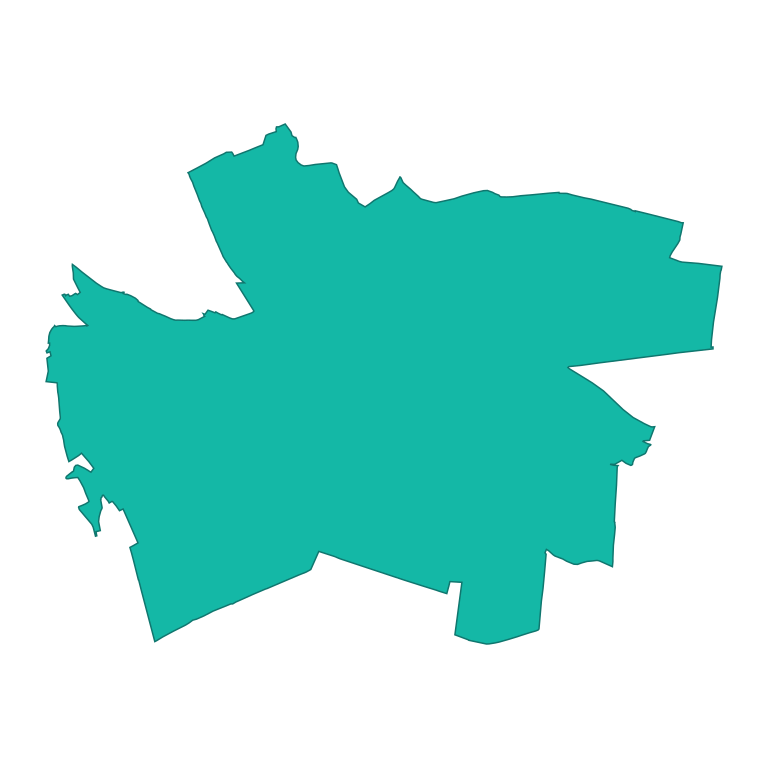 Nufaru, Tulcea, Romania (Robinson projection)
{"feature_id": "2599482B16280673296012", "entity_name": "Nufaru", "entity_type": "district", "adm_level": 2, "iso_a3": "ROU", "parent_name": "Romania", "parent_adm1": "Tulcea", "projection": "robinson", "projection_center": [28.921, 45.135], "detail": "fine", "context": "isolated", "style": "filled", "palette": "teal", "viewbox_px": 768, "rotation_deg": 0, "n_neighbors": 0, "source": "geoboundaries", "source_scale": "gbopen_adm2", "svg_char_len": 5992}
<svg xmlns="http://www.w3.org/2000/svg" viewBox="0 0 768 768"><path d="M196.3,168.4L188.0,172.7L189.1,174.3L189.6,176.2L190.5,178.4L192.6,182.3L193.8,186.0L197.2,194.3L199.5,200.6L200.8,203.2L201.8,206.6L204.7,212.9L206.3,216.9L207.4,218.7L209.4,224.4L211.6,230.2L212.6,232.0L214.5,236.3L216.3,241.3L217.1,242.7L222.2,254.2L223.1,256.5L225.7,260.7L226.4,261.9L227.4,263.1L228.1,264.4L230.7,268.2L234.3,272.8L235.2,274.3L236.1,275.4L237.0,276.4L239.7,278.5L242.5,281.3L244.4,282.8L236.5,283.1L253.7,310.6L253.9,311.2L253.0,312.1L251.5,313.0L249.0,313.9L235.5,318.6L234.4,318.9L232.5,318.9L229.6,317.9L222.2,314.5L222.0,314.8L221.2,314.7L217.7,313.0L215.8,311.9L215.0,312.8L210.6,311.1L208.0,310.2L205.1,314.2L204.7,314.2L203.3,313.7L203.9,314.6L203.9,315.4L204.1,316.0L204.6,316.4L198.3,319.7L195.9,320.3L192.6,320.3L188.1,320.2L184.6,320.3L177.8,320.1L175.7,320.2L173.6,319.7L170.8,318.7L165.1,316.1L162.1,314.9L160.3,314.1L159.0,313.6L157.7,313.4L150.9,309.7L150.8,309.3L150.3,308.9L147.6,307.5L138.1,301.5L138.0,300.5L135.4,298.2L130.7,295.7L126.8,294.2L126.2,294.5L125.3,294.3L123.2,293.5L124.0,292.3L123.2,292.1L121.3,292.6L120.5,292.5L112.8,290.5L106.5,288.8L103.6,287.8L101.1,286.3L96.4,283.2L81.8,271.9L76.3,267.3L72.4,264.4L72.3,265.3L72.3,266.0L72.6,268.4L73.3,272.9L73.5,279.1L77.4,287.0L80.2,292.4L79.0,293.4L77.4,294.6L75.7,293.4L74.7,293.9L71.8,295.8L69.6,296.2L68.3,294.3L66.1,295.1L65.7,295.7L65.0,294.4L64.2,294.2L62.2,295.1L68.9,304.8L71.7,308.7L75.7,313.9L77.7,316.3L79.0,317.7L85.3,323.4L87.8,325.5L86.8,326.0L86.2,325.5L83.4,325.9L76.9,326.3L74.1,326.4L67.1,326.0L65.4,325.7L62.8,325.6L59.5,325.8L57.9,326.1L55.8,326.7L54.6,325.6L54.2,326.5L52.8,327.8L51.6,329.3L49.8,332.6L48.9,336.2L48.6,340.4L48.3,343.1L49.6,343.1L49.6,345.5L48.3,348.7L46.2,351.0L47.0,352.9L50.0,351.8L51.0,355.8L46.9,358.3L48.3,371.1L46.1,381.6L57.0,382.8L57.3,383.9L57.3,386.1L57.8,392.1L58.3,394.9L58.7,398.0L59.7,411.2L60.3,417.1L60.3,418.2L60.2,418.8L59.7,419.7L58.0,422.5L57.7,423.5L57.8,425.1L58.0,425.7L58.8,426.8L59.9,428.8L60.6,430.6L61.1,432.3L61.9,433.8L62.6,435.4L63.0,437.5L63.6,439.9L64.0,442.8L64.6,446.5L67.2,456.3L68.9,461.6L71.7,460.0L78.7,455.5L81.5,453.2L88.8,461.6L93.8,468.3L90.9,472.2L84.4,468.2L77.8,465.1L75.8,465.4L74.3,467.2L73.5,471.1L71.5,472.5L71.5,472.4L66.7,476.2L66.0,477.3L66.0,478.2L66.5,478.7L68.1,478.8L72.5,477.9L72.5,478.0L74.8,477.7L77.8,477.5L79.9,480.7L83.7,487.8L85.8,493.6L88.2,499.2L89.0,501.4L88.3,502.1L85.5,503.9L82.1,505.4L78.8,506.7L78.6,507.3L79.3,509.5L91.8,524.3L93.2,527.3L95.5,536.2L96.8,535.8L96.0,531.7L100.3,530.6L99.1,524.3L98.6,521.5L99.1,517.1L99.3,516.1L100.8,510.7L101.9,508.6L102.1,507.8L101.9,506.4L100.7,500.0L100.8,500.0L101.0,499.1L101.0,497.9L101.8,497.2L102.3,495.8L102.5,495.4L103.2,495.1L103.6,495.3L104.4,496.6L108.2,501.2L109.2,503.0L112.0,501.4L112.7,501.7L116.1,505.8L119.5,510.7L123.1,509.0L138.0,542.9L132.6,546.0L129.9,547.4L131.5,552.9L133.4,560.0L138.4,579.9L138.7,580.0L141.2,589.9L154.8,641.6L156.6,640.7L162.8,636.9L173.6,631.1L185.7,625.0L189.1,622.9L192.7,620.2L196.6,619.1L203.9,615.9L213.1,611.1L231.1,603.8L231.9,604.0L232.5,603.9L232.9,603.8L235.9,602.0L240.0,600.2L252.9,594.4L265.8,588.9L266.7,588.7L298.3,575.2L306.1,572.1L309.6,570.2L310.8,569.5L318.8,551.4L334.0,556.3L340.1,558.8L404.6,580.2L422.5,585.9L436.0,590.1L439.1,591.2L446.8,593.6L448.4,587.6L448.7,586.6L449.9,581.6L461.9,582.3L454.9,634.8L467.2,639.4L468.7,640.0L468.9,640.1L468.9,640.3L486.4,644.0L489.0,643.9L495.2,642.9L499.3,642.0L508.8,639.3L517.6,636.6L520.8,635.5L529.6,632.7L535.9,630.9L538.1,630.0L538.8,629.3L539.0,628.7L541.4,601.0L543.0,588.6L544.6,571.6L546.1,554.2L545.0,552.8L546.4,549.4L548.5,550.6L553.3,554.9L555.1,556.1L562.8,559.0L566.6,561.2L573.9,564.2L577.6,564.4L581.7,562.9L587.1,561.4L591.7,561.0L597.0,560.4L599.2,560.8L611.1,566.1L612.4,566.7L612.9,561.7L612.9,558.1L613.4,545.3L614.6,534.3L615.2,527.6L615.1,526.1L614.8,523.4L614.8,522.8L614.9,522.3L614.3,521.8L615.2,504.3L616.5,485.1L617.2,467.3L617.6,466.1L618.0,465.6L613.9,465.3L610.7,464.5L610.8,464.2L614.5,464.4L621.9,460.3L626.0,463.3L630.8,465.4L631.7,465.1L632.5,464.4L632.9,462.1L634.4,458.6L635.2,457.8L640.2,455.9L643.2,454.5L644.5,453.9L645.3,453.3L645.7,452.7L646.4,451.4L647.0,449.7L648.4,446.6L650.3,445.3L650.8,444.8L650.4,444.4L647.6,443.7L643.0,441.5L643.4,440.8L649.6,440.3L654.7,426.7L652.7,426.9L651.1,426.8L649.5,426.1L644.4,423.7L633.1,417.5L623.0,409.5L603.6,391.0L592.3,382.9L569.1,368.6L567.9,367.5L568.8,366.6L580.8,365.4L599.8,362.8L667.0,354.3L678.9,352.7L713.0,348.9L713.0,347.0L711.1,347.1L711.5,340.0L713.5,322.0L717.5,297.5L719.9,278.4L720.1,274.5L720.7,271.1L721.2,270.0L721.9,266.3L698.5,263.4L682.1,262.1L679.3,261.4L669.6,257.7L670.2,255.6L672.3,251.8L677.9,243.5L679.8,240.0L680.0,236.9L680.8,234.1L683.2,222.8L681.3,222.7L678.3,221.6L646.7,213.6L635.2,210.8L635.2,211.5L631.7,210.3L630.8,209.4L628.0,208.2L591.0,199.1L584.1,197.8L572.4,195.0L566.9,193.4L559.2,193.3L559.0,192.4L548.8,193.2L531.1,194.9L521.3,195.7L512.5,196.8L506.7,197.0L501.1,196.9L499.8,196.4L499.2,195.4L498.8,195.1L495.0,193.7L492.7,192.4L487.4,190.5L483.5,190.7L473.8,192.8L461.9,196.1L454.0,198.8L445.4,200.7L436.0,202.7L433.5,202.4L421.4,199.1L420.3,198.4L419.4,197.6L418.7,196.7L413.4,191.9L410.7,189.3L405.9,185.2L403.1,182.6L400.8,177.6L400.2,177.0L399.8,177.0L399.6,177.7L397.6,181.2L394.7,187.4L393.8,188.9L391.9,190.5L388.7,192.4L374.3,200.3L369.9,203.7L365.1,206.9L358.4,203.0L356.7,199.3L348.4,192.3L344.5,186.9L339.1,172.8L337.9,168.9L336.5,164.7L332.0,163.0L330.9,162.9L315.1,164.5L309.1,165.5L303.9,166.0L301.2,165.0L298.0,162.6L296.1,160.0L295.6,157.3L296.0,153.6L297.7,149.5L298.2,146.5L297.8,142.2L296.7,139.3L295.8,137.4L294.8,137.5L292.0,135.7L291.0,132.0L285.2,124.0L278.8,126.8L276.5,126.9L276.0,128.8L276.3,131.6L268.6,134.1L266.0,135.4L263.0,144.7L254.8,148.0L249.3,150.3L234.1,156.1L232.8,153.6L231.7,152.1L226.3,152.3L223.8,153.8L214.6,157.9L205.7,163.4L196.3,168.4Z" fill="#14b8a6" stroke="#0f766e" stroke-width="1.5"/></svg>